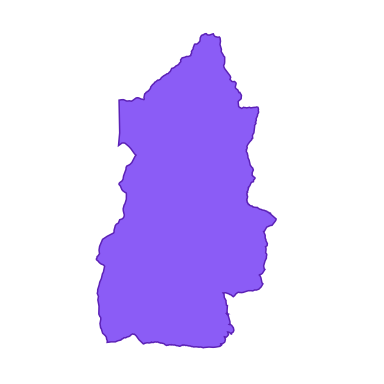 outline of Borsa, Maramures, Romania, rotated 277°
{"feature_id": "2599482B59902252532160", "entity_name": "Borsa", "entity_type": "district", "adm_level": 2, "iso_a3": "ROU", "parent_name": "Romania", "parent_adm1": "Maramures", "projection": "orthographic", "projection_center": [24.861, 47.649], "detail": "fine", "context": "isolated", "style": "filled", "palette": "violet", "viewbox_px": 384, "rotation_deg": 277, "n_neighbors": 0, "source": "geoboundaries", "source_scale": "gbopen_adm2", "svg_char_len": 5954}
<svg xmlns="http://www.w3.org/2000/svg" viewBox="0 0 384 384"><g transform="rotate(277 192 192)"><path d="M175.5,278.8L179.5,272.9L180.4,272.6L180.7,272.0L180.2,271.4L181.2,270.6L181.4,269.2L182.1,268.5L182.1,267.6L182.6,266.1L182.7,263.9L183.2,262.6L183.2,261.3L184.7,258.5L184.5,258.0L184.5,254.7L184.8,254.4L184.8,253.9L185.5,253.3L185.4,252.5L185.8,250.9L186.5,250.4L186.5,249.6L187.1,249.4L187.3,248.9L188.4,248.4L188.7,247.9L189.7,247.8L190.1,247.4L190.8,247.6L191.4,247.2L192.8,247.7L194.6,247.7L195.2,247.1L196.3,247.0L196.7,246.6L197.7,246.7L198.4,247.2L199.0,246.7L199.8,247.2L202.5,247.6L202.9,247.3L203.4,247.8L203.9,247.6L205.2,248.6L208.0,249.4L209.0,250.1L209.7,251.7L211.6,251.7L212.3,252.4L213.4,252.9L214.0,252.6L214.9,250.8L215.3,250.6L215.8,249.7L218.6,249.4L221.3,250.2L223.2,249.3L223.8,248.4L225.8,246.5L230.6,244.8L232.8,243.4L235.3,242.9L236.4,242.3L237.1,242.3L238.6,241.0L240.0,241.0L240.5,240.7L241.3,241.2L242.7,241.4L243.7,240.9L245.7,241.5L248.7,243.1L251.4,245.0L252.4,245.0L252.8,245.7L255.3,245.1L257.1,245.6L258.2,246.2L264.5,246.2L265.6,246.0L267.8,247.1L268.2,247.1L268.8,246.5L271.1,247.1L272.5,246.7L275.6,247.7L277.1,247.6L278.4,248.2L279.5,248.4L280.6,247.9L282.1,247.9L283.4,247.5L284.1,247.1L284.3,246.0L283.7,244.4L283.5,242.9L282.7,240.2L282.7,239.8L283.1,238.8L282.1,235.9L282.3,235.0L282.2,234.0L282.4,232.9L281.2,231.5L281.0,230.9L281.6,229.9L281.6,229.3L282.5,227.9L287.2,226.8L287.9,227.1L290.5,229.4L294.0,229.3L296.7,227.3L296.4,226.5L298.9,225.0L299.8,223.3L300.7,222.4L301.8,222.2L304.9,222.6L305.6,222.4L306.9,220.8L306.5,219.1L306.7,217.8L307.7,216.9L308.2,216.0L310.6,216.4L312.1,215.5L318.3,209.5L320.0,208.4L321.5,208.0L323.2,208.6L325.0,208.6L329.9,208.0L330.6,207.3L330.8,206.8L332.1,206.1L334.9,203.9L337.2,203.8L341.8,201.8L345.1,201.9L348.3,201.1L349.2,200.2L348.9,199.6L348.8,198.2L349.2,195.8L350.0,194.8L351.6,193.9L351.5,193.5L349.9,190.2L349.8,188.0L350.8,187.1L350.9,186.6L350.3,185.0L349.5,184.3L349.0,182.9L348.1,182.1L346.1,181.4L343.0,181.5L342.2,181.2L340.2,179.7L339.5,178.8L339.2,178.1L339.3,177.1L338.9,176.5L335.3,175.6L334.3,175.7L331.5,174.3L329.8,174.7L328.5,174.1L327.3,174.1L326.1,172.0L325.8,169.8L325.1,168.9L323.9,165.8L321.7,164.6L320.0,165.0L318.0,163.6L317.0,163.3L315.6,161.5L315.1,160.6L314.3,160.1L312.9,158.6L312.2,156.8L308.9,155.7L308.3,155.0L306.7,154.0L306.1,152.4L305.6,152.1L303.9,149.8L301.8,147.7L300.0,146.9L299.4,145.8L298.9,145.3L298.9,144.3L296.7,142.3L296.3,141.5L295.2,141.2L293.8,139.8L291.1,138.2L290.0,138.2L288.8,137.6L286.7,136.2L286.4,135.4L285.8,135.1L285.2,134.2L284.5,134.0L283.6,133.1L280.0,132.8L278.5,133.3L277.9,133.1L277.8,132.8L278.1,131.2L278.0,130.5L278.9,127.6L278.9,126.1L278.4,124.9L275.8,122.2L274.7,120.7L274.9,119.0L274.3,116.1L275.3,112.9L275.0,110.8L274.3,108.4L241.9,113.0L229.1,113.4L232.1,116.6L232.4,118.6L232.2,119.7L229.5,123.8L227.7,125.9L222.8,130.4L221.8,131.9L220.4,131.1L213.9,128.7L211.7,127.0L209.7,124.0L208.3,123.6L206.4,123.7L199.6,122.1L196.2,122.0L194.2,121.0L192.9,119.5L191.7,118.6L190.5,118.7L189.5,120.0L186.0,122.0L184.9,123.0L183.4,125.7L183.3,126.5L182.2,127.1L176.8,127.7L172.3,126.9L170.7,126.2L166.9,125.7L164.9,126.1L161.0,127.6L159.2,127.5L157.9,127.0L156.6,125.7L155.7,123.6L152.2,122.7L150.9,120.9L149.4,120.0L144.6,119.3L142.8,119.5L141.8,119.2L137.7,113.2L134.1,109.0L126.8,106.9L123.0,106.8L119.4,107.7L117.0,106.4L116.4,105.7L115.0,105.7L113.8,105.2L113.1,105.5L111.8,107.5L110.9,108.3L110.0,109.6L109.5,110.5L108.8,113.1L107.7,114.3L101.6,113.8L100.0,113.1L95.1,112.6L91.2,111.4L88.5,111.2L83.6,110.3L81.6,110.5L79.8,110.3L77.0,111.9L73.4,111.7L67.4,113.6L59.5,114.4L57.4,115.6L56.4,116.6L54.8,117.0L50.2,116.7L45.9,117.9L45.5,118.5L41.0,120.5L38.8,123.5L37.4,124.7L35.5,125.2L34.0,126.1L32.4,126.1L33.4,130.0L33.9,134.2L35.3,136.5L36.4,139.5L37.2,139.9L37.8,141.0L39.1,142.3L39.2,143.9L40.3,145.4L40.8,146.9L41.9,148.3L42.6,148.7L43.9,150.3L43.6,152.1L43.8,152.3L42.5,154.1L38.9,157.4L35.3,162.2L35.5,162.9L36.2,163.6L36.4,164.6L36.7,165.0L37.0,166.5L36.9,167.7L37.5,169.6L37.8,169.6L38.1,170.1L37.8,170.5L37.9,172.0L38.7,173.5L38.7,175.2L39.0,176.3L38.5,177.6L38.5,178.4L38.2,179.0L38.4,179.6L38.1,182.3L37.9,183.0L37.2,183.9L36.6,185.4L37.1,186.6L37.1,187.1L37.6,187.9L37.7,189.5L38.0,189.9L37.7,190.4L37.9,190.9L37.9,192.7L38.1,193.3L37.6,195.4L37.7,196.9L37.5,197.6L37.4,198.8L38.6,200.6L39.0,201.4L38.7,201.8L39.1,202.1L39.1,203.0L39.2,203.4L38.9,204.1L39.1,205.5L38.8,207.9L39.0,208.7L38.5,210.8L38.7,211.4L38.4,212.5L38.9,215.1L38.8,216.3L39.0,216.8L38.8,217.6L39.2,219.6L38.8,222.3L39.1,222.9L40.2,227.8L40.4,232.0L41.0,234.6L42.1,238.2L42.9,238.7L42.7,238.9L43.3,239.2L43.3,239.8L43.7,240.0L44.2,239.4L44.5,239.7L44.9,239.3L45.1,240.2L45.0,240.6L46.8,242.6L47.5,242.9L50.2,243.1L51.5,242.1L52.3,241.8L52.3,242.5L52.0,243.1L52.0,243.5L52.9,244.4L54.8,245.6L57.4,244.4L57.4,245.5L56.9,246.8L56.1,247.5L56.0,248.2L55.5,249.0L56.1,248.5L56.7,248.3L58.1,250.0L59.9,250.4L62.3,249.6L64.4,247.7L65.3,246.1L65.0,245.6L65.1,245.0L66.0,245.8L68.1,245.4L73.5,243.1L74.3,242.5L74.1,243.0L74.4,243.0L75.1,242.6L75.4,241.9L75.5,242.3L75.9,241.0L76.5,241.7L76.9,241.6L76.5,241.4L83.5,241.0L83.4,240.7L83.8,240.0L87.1,239.1L88.4,239.0L91.2,236.9L94.5,236.2L95.6,235.2L96.1,237.8L95.6,239.9L95.6,240.6L94.9,241.9L94.8,243.0L93.1,245.7L94.3,246.9L96.1,247.9L97.8,249.6L98.2,250.7L98.0,251.8L98.2,252.5L98.1,253.1L98.5,254.8L100.9,259.9L101.3,263.0L101.2,263.9L101.6,265.0L102.4,266.1L102.5,267.8L103.7,270.2L106.2,272.2L109.5,273.6L110.4,272.5L115.4,270.8L117.2,269.7L117.6,269.0L118.1,269.0L118.9,270.8L119.9,271.8L124.1,273.8L124.4,273.1L127.4,272.1L132.5,272.9L135.3,273.9L137.4,273.7L138.7,273.9L139.7,273.5L140.6,272.5L143.9,272.5L145.6,272.2L146.6,271.6L147.9,273.1L150.0,273.1L152.7,271.3L153.4,271.3L155.4,270.2L158.0,269.9L161.5,267.9L161.8,268.6L166.2,270.4L168.2,273.7L168.7,275.5L173.2,278.2L174.4,278.7L175.5,278.8Z" fill="#8b5cf6" stroke="#5b21b6" stroke-width="1.5"/></g></svg>